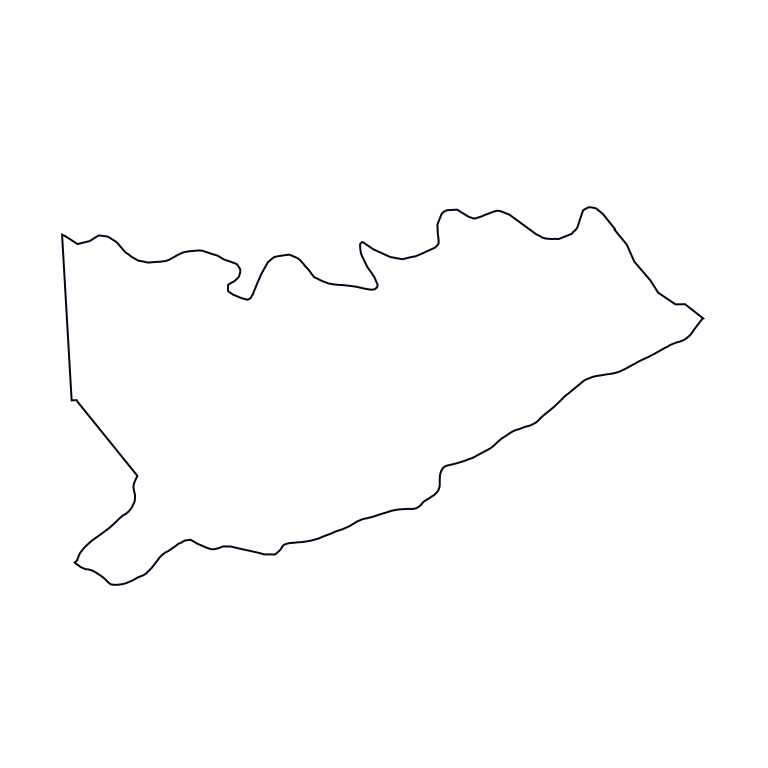 outline of Catin, Laborie, Saint Lucia, rotated 85°
{"feature_id": "8701671B96536961646106", "entity_name": "Catin", "entity_type": "district", "adm_level": 2, "iso_a3": "LCA", "parent_name": "Saint Lucia", "parent_adm1": "Laborie", "projection": "mercator", "projection_center": [-60.98, 13.778], "detail": "fine", "context": "isolated", "style": "outline", "palette": "ink", "viewbox_px": 768, "rotation_deg": 85, "n_neighbors": 0, "source": "geoboundaries", "source_scale": "gbopen_adm2", "svg_char_len": 5886}
<svg xmlns="http://www.w3.org/2000/svg" viewBox="0 0 768 768"><g transform="rotate(85 384 384)"><path d="M373.1,696.6L373.3,691.5L375.2,690.7L454.0,637.7L456.1,638.9L458.0,640.0L459.5,640.8L461.9,642.0L464.4,642.6L466.9,642.5L469.6,642.2L472.2,641.8L474.7,641.8L476.0,642.0L478.7,642.5L480.5,643.3L482.9,644.7L485.0,646.0L486.0,646.8L487.0,647.7L488.3,649.0L489.7,650.8L490.8,652.4L492.0,655.2L494.6,659.0L496.9,661.7L500.2,665.8L503.4,670.1L506.0,674.3L508.7,678.6L511.2,682.9L514.3,688.2L516.6,691.4L519.4,695.0L521.7,697.6L524.0,699.8L525.3,701.0L526.7,702.1L528.4,703.0L530.1,703.8L532.5,704.9L533.9,706.1L534.8,707.7L535.5,707.3L536.1,706.6L537.5,704.8L539.6,702.5L541.0,700.4L542.3,697.7L543.2,693.9L544.2,691.3L546.2,688.1L550.2,682.9L553.8,679.1L557.1,676.4L558.6,675.1L559.8,673.5L560.5,670.6L560.8,666.6L560.6,662.3L559.9,658.1L557.7,651.4L555.2,646.0L553.6,640.6L552.1,637.6L548.1,632.8L546.9,631.4L541.1,626.1L537.2,622.6L534.3,619.1L532.8,616.5L531.6,613.4L526.9,605.2L525.3,602.9L524.7,600.6L522.6,596.3L522.3,590.2L526.9,583.7L531.9,574.4L533.5,570.8L533.8,567.3L533.1,563.1L531.8,558.2L532.5,550.9L535.7,541.3L539.1,530.3L541.9,521.7L543.3,518.4L544.3,507.4L543.5,506.1L542.9,505.3L541.4,503.3L539.5,501.1L537.5,499.9L535.4,497.6L534.8,495.4L534.3,492.4L534.3,487.7L534.2,484.7L534.3,480.0L534.2,477.2L533.9,472.9L533.5,469.6L533.1,467.6L532.5,463.8L531.9,461.7L530.5,457.4L529.7,454.6L528.6,450.4L527.7,447.9L526.5,444.3L525.1,438.0L522.5,430.5L519.9,425.4L518.5,422.4L516.7,416.9L516.4,413.9L515.7,409.1L515.1,405.8L513.5,399.3L512.4,393.8L511.5,390.0L511.0,387.8L510.5,383.6L510.3,380.7L510.3,375.9L510.5,371.3L510.8,368.2L511.0,365.7L510.6,362.9L509.7,360.6L507.8,357.9L506.5,356.6L505.6,355.7L504.8,354.8L503.4,352.5L502.5,350.6L501.5,348.4L500.2,346.3L499.2,344.0L497.8,342.2L496.1,340.3L494.6,339.1L493.3,338.5L491.2,337.6L489.1,337.2L486.2,337.0L480.2,336.3L476.1,334.9L474.7,333.9L474.3,333.6L472.9,332.6L471.5,330.7L470.7,328.0L470.4,325.6L470.0,322.7L469.5,319.8L469.0,316.9L468.4,314.3L467.4,309.7L466.7,307.7L466.0,304.9L465.6,303.1L464.9,301.0L463.6,298.2L462.9,296.5L461.3,292.9L460.2,290.3L459.1,287.6L458.2,285.5L457.0,283.0L456.2,281.7L454.5,279.4L453.6,278.3L451.6,275.8L450.1,273.7L448.4,271.2L447.2,268.9L446.0,266.6L445.0,264.8L443.5,262.2L442.4,259.7L441.5,257.2L440.8,253.6L438.9,246.9L438.5,244.2L438.1,242.3L437.7,240.8L436.9,238.9L436.5,237.8L435.5,235.8L434.3,234.1L433.0,232.5L430.9,230.1L429.0,227.6L426.9,224.4L424.8,221.3L423.4,219.3L421.4,216.4L419.8,214.4L418.1,212.3L416.1,209.7L413.6,206.9L412.0,205.0L411.0,203.5L409.4,200.9L404.9,194.5L400.1,187.4L398.4,185.0L397.5,183.2L396.9,181.6L396.3,179.5L395.6,177.2L395.2,175.9L394.8,173.6L394.5,170.8L394.3,166.9L393.8,162.0L393.7,157.8L393.5,155.9L393.4,154.3L392.9,151.7L392.5,149.4L391.7,147.0L390.8,144.5L389.5,141.2L387.7,137.2L386.4,134.3L385.3,131.5L384.3,129.5L383.3,127.1L382.0,123.6L380.3,118.8L378.2,113.6L376.2,109.1L374.2,104.8L373.4,103.0L372.3,100.5L371.6,98.5L371.0,97.4L370.2,95.6L369.6,94.0L368.9,91.9L368.6,90.4L368.1,89.1L367.7,86.5L367.4,85.0L366.6,82.5L365.7,80.3L364.8,78.7L364.0,77.5L362.8,75.8L361.8,74.6L360.8,73.6L359.2,72.3L358.3,71.6L356.6,70.1L355.9,69.5L354.0,67.8L352.1,66.1L349.5,63.7L346.8,61.1L346.5,60.3L330.7,77.2L330.1,86.7L316.9,102.9L303.8,109.7L284.1,123.9L266.3,130.0L250.5,140.8L249.8,140.4L245.2,143.5L233.7,151.1L227.8,157.2L227.5,157.8L227.3,158.3L226.0,162.4L225.9,164.5L226.0,165.5L228.3,170.5L238.4,175.0L239.2,175.2L244.8,177.7L245.2,178.0L246.5,179.0L247.7,180.3L249.1,182.3L250.8,183.9L254.8,197.4L254.3,201.1L254.3,203.6L253.3,209.8L253.2,210.5L252.8,211.2L251.9,213.6L250.4,215.4L248.3,219.1L227.2,243.2L225.9,244.9L221.9,253.1L221.2,256.0L221.8,259.5L224.6,269.5L225.4,271.6L225.9,273.6L226.2,275.0L227.1,278.8L226.7,281.0L225.5,283.4L225.0,284.8L216.7,296.0L216.5,302.2L216.4,305.7L216.6,307.0L216.9,307.7L217.6,309.2L219.0,311.2L220.0,312.0L229.8,316.9L238.8,317.3L239.3,317.3L242.9,317.1L246.3,317.1L248.4,317.3L249.8,318.0L251.9,320.4L252.5,321.1L257.4,334.8L258.2,337.2L258.4,337.8L259.5,341.5L260.2,347.9L261.3,354.6L260.0,359.7L259.5,361.3L258.1,366.6L249.0,382.7L240.9,392.7L240.9,393.6L241.4,394.6L242.6,395.5L243.7,395.8L248.9,395.8L252.7,395.4L256.4,394.1L265.5,390.6L266.6,390.1L272.8,386.4L274.3,385.7L276.9,384.2L282.3,382.5L284.4,381.7L287.1,382.4L288.8,385.0L289.0,388.4L288.8,389.1L287.8,393.5L286.5,397.4L286.2,398.6L284.9,402.4L283.6,407.9L282.4,413.7L281.7,417.3L281.3,420.7L280.0,427.2L279.5,428.6L279.1,430.5L277.8,432.9L277.1,434.6L274.5,439.3L273.0,441.5L271.5,444.3L269.2,445.7L268.4,446.4L265.8,447.8L264.2,448.8L260.7,451.4L259.3,452.7L258.7,452.9L258.0,453.3L253.3,456.8L252.6,457.5L250.9,459.4L247.7,465.4L246.9,467.1L247.0,471.0L247.3,476.1L247.8,481.5L248.0,482.2L249.0,484.0L252.3,488.7L253.2,489.5L264.0,496.8L267.1,498.4L272.2,501.3L278.4,504.4L280.3,505.5L283.1,506.7L284.2,507.7L285.5,508.4L286.1,508.8L286.5,509.3L287.0,509.8L287.5,510.6L287.9,512.2L288.2,512.7L287.4,514.7L286.3,517.9L285.8,518.8L285.6,519.4L282.2,525.8L281.9,526.4L281.6,526.8L278.0,531.3L275.0,531.0L273.9,530.9L271.5,530.6L270.6,528.6L269.8,527.3L269.4,526.0L268.6,524.2L265.4,520.0L264.2,519.1L263.6,518.8L259.9,517.4L258.9,517.3L257.9,517.3L256.6,517.5L253.2,519.2L251.5,520.5L250.2,523.3L248.4,527.0L246.6,531.2L246.1,532.4L241.7,538.5L240.5,541.3L239.8,543.4L237.6,548.2L235.3,553.6L234.8,557.2L234.8,567.6L235.0,568.8L235.4,572.7L237.5,578.4L238.8,581.2L241.5,587.2L242.1,589.3L242.3,590.7L242.5,591.2L242.5,593.2L242.7,595.8L242.5,601.5L242.5,602.7L242.5,608.6L241.1,612.7L240.3,615.8L239.7,618.0L237.7,620.9L236.0,623.5L234.2,625.6L232.7,627.0L230.5,629.9L227.3,632.3L224.5,634.3L224.1,634.7L223.2,635.2L219.8,637.7L218.9,638.7L218.5,639.1L215.2,643.5L213.0,646.6L211.3,654.2L211.2,655.5L216.0,664.8L216.1,665.5L217.9,677.1L208.8,688.8L207.2,691.7L373.1,696.6Z" fill="none" stroke="#020617" stroke-width="2"/></g></svg>